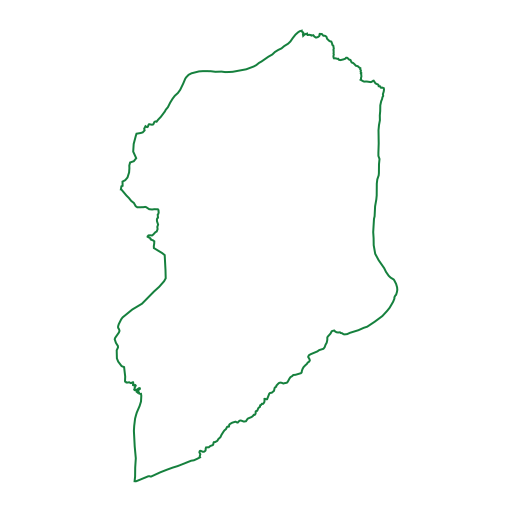 the district of Phongsaly, Phôngsali, Laos
{"feature_id": "54806243B21239526980805", "entity_name": "Phongsaly", "entity_type": "district", "adm_level": 2, "iso_a3": "LAO", "parent_name": "Laos", "parent_adm1": "Phôngsali", "projection": "orthographic", "projection_center": [102.201, 21.831], "detail": "fine", "context": "isolated", "style": "outline", "palette": "green", "viewbox_px": 512, "rotation_deg": 0, "n_neighbors": 0, "source": "geoboundaries", "source_scale": "gbopen_adm2", "svg_char_len": 5988}
<svg xmlns="http://www.w3.org/2000/svg" viewBox="0 0 512 512"><path d="M134.6,481.2L135.9,481.3L137.3,480.8L148.2,476.3L149.3,476.2L150.4,476.5L151.2,476.5L160.3,472.3L167.2,469.6L172.7,467.6L177.6,466.1L191.2,460.7L193.9,460.3L197.2,458.8L200.1,457.3L199.7,456.4L200.3,454.2L199.4,452.4L199.6,451.4L200.0,450.9L200.6,450.8L202.9,451.8L204.1,451.7L205.3,450.8L205.6,450.1L205.7,448.3L206.1,447.4L208.8,447.3L210.3,446.0L212.8,445.1L213.3,444.2L213.5,442.9L213.8,442.2L215.3,442.0L215.9,441.6L216.8,441.2L217.4,440.7L218.4,439.0L220.4,437.2L221.5,434.8L223.6,431.5L224.5,430.3L225.9,429.2L227.1,426.9L227.7,426.6L228.8,426.7L229.0,426.4L229.3,424.6L230.1,423.9L232.2,422.7L235.1,421.8L235.6,421.7L237.1,422.5L237.8,422.5L239.2,421.0L240.2,420.5L241.2,420.6L243.6,421.5L244.5,421.5L246.0,421.2L247.3,419.2L248.0,418.5L251.4,417.1L252.7,416.2L253.8,414.8L254.6,414.9L255.1,414.5L255.6,413.5L255.7,411.5L256.2,411.0L257.0,410.9L257.4,410.4L258.2,408.4L258.7,407.7L260.0,406.8L260.1,405.4L260.4,405.1L261.0,405.0L261.9,403.8L262.7,403.9L263.1,403.8L264.0,402.7L264.4,401.8L264.5,401.0L264.5,398.9L264.9,398.8L266.4,399.3L267.1,399.2L269.3,393.6L270.0,393.0L271.8,392.7L274.0,390.8L274.6,388.0L275.2,387.3L276.2,386.7L276.4,385.6L278.5,383.4L279.2,382.9L280.4,382.6L281.6,382.8L283.4,383.5L284.8,383.1L285.8,383.0L287.2,382.5L288.0,381.3L289.5,378.5L290.5,377.1L292.2,376.1L293.3,375.0L295.5,374.8L300.9,373.2L301.6,372.5L301.9,370.8L302.5,369.1L303.5,367.2L305.3,365.3L306.8,364.0L307.7,362.6L309.2,361.6L309.8,360.4L309.5,359.2L308.2,357.0L308.3,356.4L309.1,355.1L310.7,354.2L317.4,351.4L319.2,350.1L323.4,348.8L324.6,347.3L325.6,344.6L326.7,342.7L327.3,339.9L327.3,337.6L327.7,336.7L330.5,333.6L331.7,331.3L332.4,331.0L334.2,330.5L335.3,331.6L336.7,332.3L338.2,332.5L339.9,332.3L340.7,333.0L342.0,333.2L343.5,334.2L344.6,334.4L347.2,334.1L350.0,332.8L358.4,330.2L363.8,327.8L367.2,326.7L374.6,321.8L382.3,316.1L387.2,310.8L389.6,307.8L391.3,304.9L393.1,301.8L394.4,298.6L394.4,297.3L395.4,295.4L396.1,294.8L396.9,292.1L397.3,289.9L397.1,287.4L396.1,283.9L394.3,280.4L393.7,279.5L390.6,277.6L388.7,275.8L386.0,271.9L384.2,268.2L378.7,260.3L375.2,253.8L373.7,245.2L373.6,238.3L373.2,232.1L374.0,218.8L374.6,216.3L375.1,206.3L376.3,199.5L376.7,195.5L376.8,183.6L377.3,179.4L378.7,175.3L378.9,173.1L379.0,164.1L379.5,159.0L378.4,155.9L378.4,152.7L378.7,143.5L378.5,130.2L379.0,125.0L379.9,120.2L379.8,115.5L380.2,111.1L380.3,105.3L381.2,101.2L382.1,99.0L382.4,97.3L383.2,95.9L382.9,94.2L383.7,91.6L384.0,89.7L383.8,88.2L382.3,87.6L381.1,87.8L380.6,87.4L380.2,86.4L379.3,86.2L378.7,86.2L378.5,85.2L378.1,84.6L375.5,83.4L373.7,80.7L373.3,80.7L371.5,81.9L370.7,82.1L366.6,81.5L364.3,81.6L363.5,81.4L360.6,79.8L361.0,79.3L361.0,78.0L361.4,76.5L361.2,74.2L360.8,73.4L361.3,72.9L360.6,71.7L360.9,70.4L360.2,69.2L360.4,68.2L358.8,67.2L357.8,66.2L355.8,65.7L354.4,64.1L353.0,62.9L352.4,62.8L351.6,62.4L350.4,59.9L349.6,59.8L349.0,59.5L347.4,57.9L346.8,57.7L346.0,57.8L345.5,58.6L343.4,59.4L340.5,60.1L339.2,59.9L338.8,59.7L338.3,58.8L337.7,58.9L335.4,58.3L333.9,58.3L333.6,57.7L333.4,56.2L333.8,54.4L333.5,53.6L333.7,52.7L333.6,51.9L333.7,50.9L333.4,49.9L333.8,48.6L333.3,45.7L332.3,44.8L332.1,43.5L331.3,41.6L329.5,41.1L327.3,39.0L327.0,38.6L326.6,37.1L326.1,36.5L325.4,36.0L324.5,35.7L323.8,35.8L323.2,35.6L321.8,34.0L319.7,33.9L319.5,34.3L319.6,35.4L319.1,36.2L317.8,37.1L316.0,37.6L314.4,36.6L313.3,35.2L311.4,35.6L311.1,35.1L309.3,34.8L307.6,35.0L307.2,34.6L307.1,33.9L306.7,34.2L306.3,34.1L306.1,33.8L305.8,33.9L304.1,34.9L303.2,35.8L302.9,34.0L303.5,33.2L303.2,32.5L301.9,31.6L301.7,31.1L301.7,30.7L299.8,31.2L298.2,32.2L295.5,34.6L292.8,38.0L290.4,41.5L288.1,43.7L284.2,46.1L281.5,48.4L278.3,49.9L274.9,52.0L272.3,54.5L268.4,56.7L261.5,61.5L259.0,62.9L256.3,65.1L253.7,66.5L246.2,69.3L232.7,71.8L229.1,72.0L225.2,72.1L221.5,71.6L215.4,71.8L210.7,71.2L203.3,71.1L199.0,71.4L191.5,73.3L188.6,74.8L186.2,77.3L185.3,78.6L183.1,83.8L180.2,89.8L177.9,93.0L174.8,95.8L172.6,98.7L170.2,102.6L167.9,107.2L165.8,109.7L164.9,111.4L160.8,116.9L158.1,119.7L156.6,121.7L155.9,121.4L155.2,121.5L154.4,122.0L153.3,124.3L152.8,124.6L151.8,124.7L149.1,124.2L148.4,125.1L147.9,126.7L147.2,127.1L146.7,127.0L145.5,126.2L144.2,128.7L144.6,130.4L142.7,132.4L140.7,133.0L136.5,133.7L135.8,135.9L133.7,143.9L133.2,151.6L136.2,158.2L133.8,161.2L130.1,162.5L129.3,165.5L129.4,168.2L129.1,172.4L127.5,177.5L125.2,180.2L122.5,181.6L122.6,185.8L121.4,186.3L120.9,189.3L121.2,189.3L126.4,195.5L128.9,198.0L131.2,200.9L133.9,203.0L135.7,206.2L137.3,207.3L143.3,207.2L145.2,206.9L146.2,207.2L149.2,209.2L152.1,209.5L154.3,209.2L157.9,209.3L158.5,210.2L158.5,211.4L158.7,212.1L158.4,213.7L157.7,214.7L158.0,217.7L157.3,218.3L157.0,219.0L156.9,219.9L157.0,221.3L158.1,224.6L157.3,226.9L157.6,229.1L156.7,231.5L155.4,232.2L153.2,234.6L152.0,235.5L150.5,235.3L148.5,235.4L147.6,236.4L147.6,236.8L150.1,238.1L150.6,238.6L150.6,239.3L150.9,239.6L152.9,240.3L154.3,241.3L154.2,243.6L153.8,246.2L153.9,248.1L162.2,253.1L164.7,255.1L165.5,270.3L165.7,278.3L164.1,281.2L159.2,286.8L154.0,291.5L142.0,303.7L132.3,309.5L122.6,317.4L121.2,319.3L118.8,324.1L118.1,326.3L118.1,327.7L119.1,329.4L119.5,330.9L118.9,332.5L115.2,337.8L114.7,339.2L115.9,342.8L117.9,346.0L118.0,347.4L116.7,350.3L116.9,358.4L118.2,361.6L121.6,366.1L124.1,367.1L125.2,376.6L125.0,381.2L125.2,381.7L125.9,381.9L126.3,382.5L127.0,382.6L129.2,382.3L130.8,383.1L131.4,383.0L132.5,382.3L133.1,382.3L133.4,384.1L133.0,384.6L133.0,385.1L133.5,385.4L135.2,385.0L135.7,385.5L135.2,386.8L134.7,387.5L134.7,388.5L134.2,389.5L134.6,390.1L136.5,389.9L139.2,388.1L139.7,388.1L139.9,388.5L139.9,388.9L139.5,389.1L138.8,389.1L138.6,390.2L138.4,390.5L136.8,391.1L136.5,391.5L136.6,391.8L137.2,392.1L137.7,392.7L138.8,392.3L139.0,392.5L139.1,393.5L140.6,394.0L141.0,393.9L141.3,395.8L141.0,401.5L139.6,406.0L136.8,412.5L136.1,414.8L135.1,418.5L134.2,425.9L133.9,430.9L134.7,446.3L135.8,458.3L135.2,467.6L135.1,476.5L134.6,481.2Z" fill="none" stroke="#15803d" stroke-width="2"/></svg>